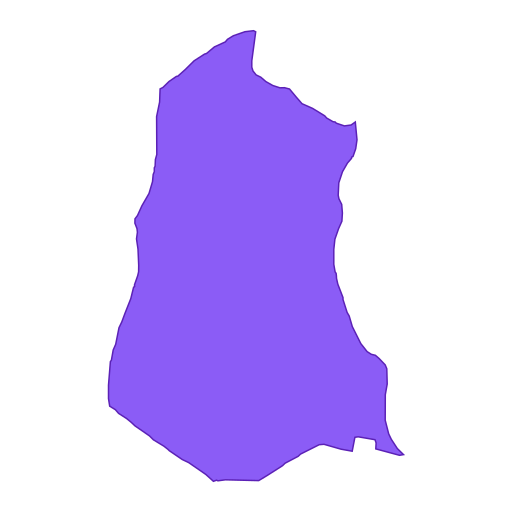 outline of Ixtahuacán, Huehuetenango, Guatemala
{"feature_id": "79465075B38724413967486", "entity_name": "Ixtahuacán", "entity_type": "district", "adm_level": 2, "iso_a3": "GTM", "parent_name": "Guatemala", "parent_adm1": "Huehuetenango", "projection": "equal_earth", "projection_center": [-91.799, 15.426], "detail": "fine", "context": "isolated", "style": "filled", "palette": "violet", "viewbox_px": 512, "rotation_deg": 0, "n_neighbors": 0, "source": "geoboundaries", "source_scale": "gbopen_adm2", "svg_char_len": 1869}
<svg xmlns="http://www.w3.org/2000/svg" viewBox="0 0 512 512"><path d="M355.3,122.0L351.1,125.0L344.4,125.9L336.3,123.2L335.2,122.0L333.0,121.7L326.6,118.0L324.8,115.9L312.6,108.4L302.0,103.7L296.0,96.8L289.5,89.0L284.5,87.7L279.9,87.8L272.8,85.5L265.9,81.6L260.8,77.2L256.1,74.9L253.0,71.0L251.8,67.2L251.8,60.8L255.7,31.8L253.6,30.7L245.0,31.7L233.4,35.7L227.5,39.3L225.3,41.9L214.4,46.9L206.5,53.5L204.5,54.1L194.1,60.8L185.2,69.6L177.8,76.2L176.4,76.4L169.0,81.5L163.0,87.4L160.1,88.9L159.6,102.1L156.6,116.6L156.8,154.5L155.4,159.5L155.1,166.3L154.3,167.8L154.3,171.7L153.2,174.4L152.5,181.7L149.0,193.5L141.9,205.8L137.5,215.5L135.0,218.8L134.9,223.2L137.0,228.6L137.4,232.3L136.5,238.9L138.0,249.1L138.7,265.4L138.6,271.8L137.7,275.7L134.5,284.8L134.6,286.6L133.6,287.2L130.8,298.6L125.0,313.3L121.8,321.9L119.0,327.7L115.7,344.3L113.2,350.0L111.4,360.2L110.4,361.6L108.5,385.1L108.5,398.6L109.7,406.2L115.4,409.7L118.6,413.4L126.7,418.6L131.2,422.3L135.0,425.9L149.5,435.9L153.4,439.8L163.8,446.1L167.9,449.3L169.3,450.7L182.2,459.5L188.7,462.6L205.9,474.5L213.4,481.3L216.6,480.2L217.9,480.8L225.5,479.8L258.7,480.6L267.3,475.4L282.5,465.7L285.1,463.2L298.2,456.3L300.5,454.1L319.2,444.7L324.0,444.3L341.1,449.2L352.2,451.2L354.9,437.3L358.2,436.8L375.0,439.7L376.1,442.9L375.8,448.9L399.5,455.3L403.5,454.6L397.3,448.5L391.3,439.3L388.7,433.9L385.2,420.2L385.3,394.7L387.2,384.0L386.8,368.8L385.2,364.9L379.1,358.5L375.4,355.3L371.3,354.3L367.1,351.6L360.8,343.6L352.3,326.6L349.2,316.0L347.1,312.4L343.0,299.5L343.0,297.6L337.8,284.1L336.5,278.3L336.4,275.8L336.1,273.3L335.1,271.9L333.8,264.3L333.8,249.5L334.9,239.2L338.6,228.6L341.9,221.2L342.4,213.0L341.7,204.4L338.9,198.7L338.2,195.2L338.8,182.8L342.5,171.7L347.5,163.0L351.5,158.4L351.7,157.1L353.0,156.5L355.7,148.8L357.0,139.8L355.3,122.0Z" fill="#8b5cf6" stroke="#5b21b6" stroke-width="1.5"/></svg>